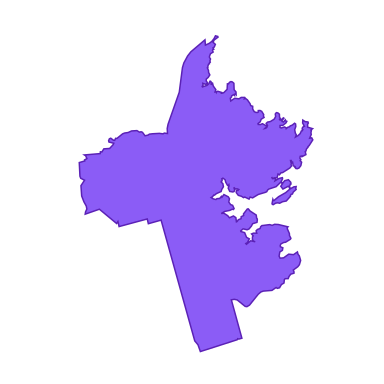 Papakura Local Board Area, Auckland, New Zealand, rotated 186°
{"feature_id": "76426892B98543988194896", "entity_name": "Papakura Local Board Area", "entity_type": "district", "adm_level": 2, "iso_a3": "NZL", "parent_name": "New Zealand", "parent_adm1": "Auckland", "projection": "albers", "projection_center": [174.924, -37.061], "detail": "fine", "context": "isolated", "style": "filled", "palette": "violet", "viewbox_px": 384, "rotation_deg": 186, "n_neighbors": 0, "source": "geoboundaries", "source_scale": "gbopen_adm2", "svg_char_len": 6020}
<svg xmlns="http://www.w3.org/2000/svg" viewBox="0 0 384 384"><g transform="rotate(186 192 192)"><path d="M80.0,141.1L80.9,143.4L84.5,140.3L89.3,140.3L94.0,136.1L97.5,135.4L98.7,137.4L98.4,141.5L96.0,143.4L95.8,146.0L98.4,146.8L98.7,148.0L98.2,149.6L95.5,151.4L93.7,151.8L89.2,155.3L88.8,156.3L90.5,158.9L90.8,160.9L93.2,165.1L93.6,166.5L92.9,167.4L102.8,168.7L106.5,168.5L108.8,167.2L111.3,167.7L119.0,165.9L120.1,164.6L120.5,162.8L123.0,161.6L124.2,160.1L123.3,157.8L126.6,157.5L128.4,156.5L126.6,154.8L127.2,153.6L126.9,150.9L125.5,149.5L123.9,149.1L128.5,149.6L132.4,145.7L133.1,146.4L131.7,147.3L130.1,151.4L133.0,152.6L135.4,157.1L139.3,157.8L139.5,158.4L137.3,160.7L133.3,160.2L131.4,161.2L129.3,164.4L128.4,166.8L124.2,168.6L124.1,171.2L124.5,172.4L125.0,172.7L125.7,175.8L132.3,179.2L134.2,181.1L135.2,180.9L138.5,175.6L138.2,174.0L140.5,172.6L140.4,170.6L143.0,169.3L144.0,167.4L144.7,167.0L145.7,171.1L148.3,172.5L152.1,170.3L154.0,172.2L158.0,174.2L160.7,173.7L157.4,176.1L152.4,177.7L150.2,179.1L149.0,178.9L148.4,179.9L150.2,183.0L152.3,183.5L154.4,185.9L154.0,189.2L155.4,191.0L160.0,192.8L161.7,189.9L162.3,190.7L163.8,188.5L166.5,188.0L167.4,187.0L170.2,187.4L172.4,188.5L171.0,189.5L170.1,191.2L169.3,191.2L167.5,193.0L163.1,195.5L162.7,197.6L161.3,200.5L162.2,203.6L163.9,204.8L164.0,205.7L163.4,206.0L163.2,207.2L163.8,208.2L162.7,209.0L160.4,207.7L159.5,205.3L157.3,202.2L156.6,202.0L156.1,203.0L155.8,202.0L156.4,199.6L154.5,196.5L151.4,196.3L150.2,196.9L149.8,198.5L150.9,201.0L149.2,199.5L147.5,199.9L145.7,199.4L146.5,198.3L147.8,198.1L148.1,197.0L147.9,196.0L145.6,193.5L142.3,192.9L140.2,191.8L139.0,192.5L134.5,190.9L133.7,193.0L131.1,192.5L125.8,196.5L118.8,199.4L117.7,200.1L116.9,202.0L115.8,203.0L108.9,206.1L104.9,210.9L102.9,209.7L104.3,207.0L101.9,204.4L97.0,207.7L96.2,207.4L94.9,205.2L98.7,201.2L105.4,196.4L109.6,192.1L110.3,192.1L110.8,193.1L111.2,188.9L110.8,188.1L109.9,187.9L107.7,189.6L105.8,190.2L103.6,190.0L100.9,191.8L97.3,192.9L93.6,198.1L93.8,198.6L93.1,200.1L91.9,200.5L91.3,202.5L88.7,205.4L89.2,206.4L89.0,208.3L91.2,207.8L94.4,205.6L96.0,208.0L95.3,208.5L95.1,210.1L94.4,210.3L94.8,212.0L97.4,214.3L100.9,213.0L102.8,210.3L104.5,211.4L103.3,214.6L103.6,215.7L106.9,214.6L110.5,211.9L110.1,213.2L111.0,214.2L113.4,213.7L114.4,215.2L113.1,213.9L111.6,214.7L108.9,215.0L108.3,218.9L106.9,218.2L105.4,220.5L104.0,220.7L97.2,226.1L95.8,228.2L96.4,230.0L96.0,231.4L96.7,231.8L97.3,233.6L96.6,233.7L96.0,232.3L95.1,232.3L94.1,228.7L92.3,228.1L91.9,227.7L92.3,227.4L91.1,226.2L89.6,226.2L88.1,227.0L86.5,229.6L86.1,233.1L87.7,234.4L87.1,235.5L88.3,237.0L88.1,238.8L86.3,239.3L86.2,238.7L82.6,241.1L83.6,244.0L83.0,244.6L82.6,246.9L81.3,248.6L81.4,249.3L80.4,250.3L77.3,256.5L78.6,258.4L80.6,257.8L79.4,261.7L79.9,263.2L79.7,266.0L80.7,265.6L78.7,267.6L83.8,268.6L84.1,271.6L83.5,272.7L84.0,273.8L86.8,273.8L89.3,275.1L89.2,272.2L87.1,269.1L88.1,268.7L89.0,267.2L89.0,266.0L88.3,265.6L88.8,264.4L89.6,264.2L90.5,261.4L92.5,259.1L94.8,257.5L94.2,259.8L95.3,261.2L96.4,264.7L95.6,268.0L96.1,270.5L97.2,271.1L99.3,269.0L101.3,268.0L101.8,267.1L103.5,266.4L104.9,264.9L105.1,265.7L106.8,266.4L109.9,265.0L111.2,265.4L111.4,267.3L108.6,267.8L105.8,270.5L105.1,272.2L106.2,272.5L106.7,273.5L108.4,271.2L109.8,271.6L110.1,272.2L108.3,275.0L108.9,275.3L111.0,272.8L112.4,273.0L112.6,273.5L111.8,274.2L112.8,275.7L113.2,278.5L114.8,279.6L116.2,279.8L117.1,278.9L117.3,278.1L116.7,275.8L117.9,273.0L121.4,270.3L124.2,269.4L125.4,268.0L123.9,266.1L124.2,264.4L125.3,263.1L126.2,262.8L124.7,264.6L124.9,265.5L129.1,267.3L131.1,266.2L133.2,266.1L133.5,267.0L131.5,268.9L130.8,271.6L128.1,273.7L128.9,275.0L128.8,276.5L131.1,279.5L132.9,280.2L134.6,279.9L134.4,278.5L135.0,278.0L136.7,277.8L138.5,278.4L140.3,280.8L140.6,283.6L142.7,284.1L143.4,285.8L146.5,289.4L148.5,290.6L149.6,290.2L149.2,291.3L149.5,291.6L153.0,291.2L155.0,289.6L159.3,289.7L163.0,286.6L163.7,289.3L162.6,290.7L162.7,291.7L160.9,293.1L159.9,292.5L160.1,293.3L159.3,294.1L158.3,293.3L158.7,296.1L160.8,298.1L161.7,304.5L163.4,305.7L164.8,305.9L166.2,305.0L167.0,303.4L168.1,303.3L167.8,297.8L170.8,294.1L172.6,293.3L173.1,293.3L172.9,294.1L176.9,294.9L178.0,294.2L178.2,293.5L178.7,294.3L179.5,294.0L179.0,296.3L181.9,299.6L183.0,302.5L183.4,302.5L183.7,301.1L184.2,301.1L184.5,303.5L185.1,304.1L185.7,304.1L186.7,301.2L188.2,299.6L192.6,297.6L192.9,298.1L192.2,299.3L192.6,301.2L189.6,300.5L188.2,301.7L188.2,302.5L189.5,304.0L189.6,305.8L187.9,307.6L186.5,310.3L188.0,312.7L188.3,314.6L189.7,317.0L189.2,317.3L189.4,318.7L188.9,320.9L188.1,321.3L188.1,322.4L187.4,323.0L187.9,324.2L187.5,326.2L188.7,327.7L188.8,328.8L188.1,331.4L185.6,333.4L186.4,334.9L186.2,335.8L185.3,336.2L186.2,337.5L185.0,338.5L184.2,341.3L186.7,343.1L185.9,345.4L182.3,348.7L182.6,349.4L185.0,349.8L186.1,346.9L188.0,343.9L190.3,341.7L194.0,339.5L195.0,344.7L207.8,331.3L210.6,326.8L213.6,319.5L214.5,314.7L215.1,289.9L222.9,256.9L223.3,252.6L222.5,247.6L225.7,247.7L226.9,246.8L230.6,246.9L237.3,245.8L240.4,245.1L241.7,244.0L244.6,243.0L247.5,246.2L249.0,246.6L250.4,246.0L253.2,247.3L258.5,246.4L261.7,244.5L265.2,243.6L267.1,242.6L272.3,237.4L273.6,237.4L274.3,235.3L275.5,235.3L278.4,237.0L279.7,236.3L280.3,234.4L279.8,233.0L274.9,232.3L275.4,230.8L278.5,226.7L284.2,225.7L285.8,222.4L287.3,222.4L287.3,220.6L302.9,217.6L301.5,216.9L300.0,214.2L302.2,212.7L301.9,211.7L307.2,209.5L305.1,196.0L304.1,194.0L300.1,192.5L303.1,186.7L301.3,176.5L298.5,171.0L295.7,167.0L294.8,164.1L295.8,161.1L295.9,158.8L282.3,165.2L263.7,152.8L262.6,154.9L260.9,150.0L233.7,160.5L232.1,155.9L219.8,160.8L173.7,44.2L170.1,40.7L167.0,34.2L131.6,49.8L131.2,50.9L130.1,50.6L127.1,51.8L141.6,88.9L138.7,89.7L135.8,89.4L127.2,83.8L125.4,83.7L123.0,85.5L115.4,97.3L113.0,99.8L110.7,100.9L102.2,102.5L98.4,105.8L97.1,105.1L94.9,105.9L93.4,109.3L91.0,111.1L91.0,114.5L90.3,115.5L87.3,115.9L86.7,118.1L85.2,120.6L82.1,121.9L82.2,123.2L83.1,125.0L79.0,128.7L77.6,130.9L76.8,135.3L78.6,139.7L80.0,141.1Z" fill="#8b5cf6" stroke="#5b21b6" stroke-width="1.5"/></g></svg>